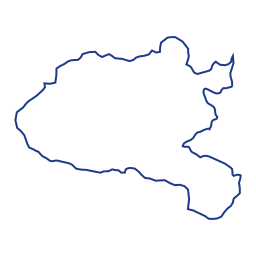 the Province of Xiangkhoang
{"feature_id": "LAO-3286", "entity_name": "Xiangkhoang", "entity_type": "Province", "adm_level": 1, "iso_a3": "LAO", "parent_name": "Laos", "parent_adm1": "", "projection": "mercator", "projection_center": [103.697, 19.42], "detail": "fine", "context": "isolated", "style": "outline", "palette": "blue", "viewbox_px": 256, "rotation_deg": 0, "n_neighbors": 0, "source": "natural_earth", "source_scale": "10m", "svg_char_len": 2333}
<svg xmlns="http://www.w3.org/2000/svg" viewBox="0 0 256 256"><path d="M232.3,86.5L226.3,88.2L223.3,88.2L222.6,88.9L221.6,89.9L220.6,92.2L219.5,93.1L216.6,93.5L213.9,92.6L207.1,89.1L205.5,88.6L204.2,89.2L203.4,91.6L203.7,93.4L206.5,101.2L208.1,103.4L212.5,106.0L214.1,107.4L215.0,109.8L215.2,112.4L215.7,114.8L217.3,116.9L216.7,118.7L215.5,119.3L214.0,119.7L212.6,120.5L211.7,122.1L211.1,125.6L210.6,127.1L209.5,129.2L209.0,128.7L206.9,128.9L203.6,130.1L200.4,131.8L197.4,132.5L195.8,134.0L193.0,138.2L190.8,139.9L185.8,142.1L183.9,143.5L182.7,146.1L184.1,146.8L186.7,146.7L188.9,147.0L190.8,150.6L191.5,151.6L192.5,152.4L196.1,154.2L200.2,157.3L200.4,157.3L203.4,156.0L206.3,155.8L209.2,156.5L224.9,163.6L230.5,167.5L232.0,168.9L232.5,171.9L232.5,174.6L233.7,175.8L237.8,174.6L240.6,175.3L240.4,178.1L239.0,182.9L239.8,188.1L239.8,193.2L236.9,196.0L233.7,198.6L232.9,202.5L230.9,205.9L227.4,208.6L224.3,212.2L221.2,216.8L216.6,218.6L212.9,218.9L209.3,218.9L207.3,217.8L205.5,216.3L193.1,210.4L187.9,209.1L189.1,199.2L188.0,189.5L184.5,186.2L179.9,184.8L174.7,185.1L170.3,183.3L164.7,180.2L155.7,180.7L149.5,178.4L145.1,178.0L141.7,175.0L138.4,171.4L134.8,168.6L130.4,167.9L128.0,168.3L125.8,169.3L124.8,172.6L121.3,172.6L118.4,170.3L115.4,170.1L112.3,169.4L108.4,171.2L103.5,171.4L102.0,172.1L100.3,172.7L86.3,169.9L81.1,169.6L76.2,168.7L71.9,164.6L69.0,163.3L56.9,160.5L54.2,160.8L52.0,161.3L49.8,160.7L46.4,158.2L42.4,156.2L38.1,151.5L36.3,151.1L34.1,149.7L29.2,147.5L27.4,144.0L24.4,135.4L21.1,131.3L17.2,127.9L15.4,120.2L16.8,112.3L23.2,107.4L25.6,104.2L28.3,101.4L36.7,95.7L43.2,89.7L45.0,87.0L44.4,83.4L50.1,83.8L55.3,82.6L56.3,75.6L56.5,68.5L60.3,66.0L64.5,63.9L67.6,61.7L71.0,60.3L78.1,59.8L80.8,57.4L82.6,54.1L88.9,52.2L95.3,51.8L98.3,54.9L102.0,57.0L109.0,54.1L112.0,55.9L115.0,58.2L122.1,58.9L129.5,61.1L133.1,60.1L136.1,57.6L140.0,56.3L144.0,55.8L148.8,54.5L152.0,50.5L156.1,52.5L159.9,51.9L160.1,47.6L161.1,42.6L167.6,37.6L171.3,37.1L175.2,37.1L182.7,41.7L188.2,48.9L188.1,52.5L188.9,56.0L187.8,60.4L186.4,64.4L190.0,66.3L191.2,67.5L194.0,72.3L195.4,73.2L197.3,74.0L209.4,70.6L211.3,69.0L212.0,66.1L213.6,63.6L215.7,61.7L220.2,64.8L225.6,65.2L228.6,64.0L231.1,61.8L231.6,58.6L232.9,56.0L233.5,63.2L230.3,73.3L230.6,76.9L232.0,81.4L232.2,86.5L232.3,86.5L232.3,86.5Z" fill="none" stroke="#1e3a8a" stroke-width="2"/></svg>